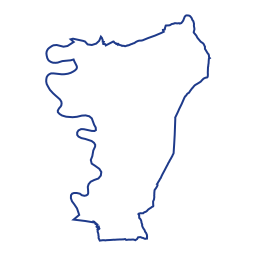 the district of Buhoci, Bacau, Romania
{"feature_id": "2599482B2081503417481", "entity_name": "Buhoci", "entity_type": "district", "adm_level": 2, "iso_a3": "ROU", "parent_name": "Romania", "parent_adm1": "Bacau", "projection": "natural_earth1", "projection_center": [27.027, 46.571], "detail": "fine", "context": "isolated", "style": "outline", "palette": "blue", "viewbox_px": 256, "rotation_deg": 0, "n_neighbors": 0, "source": "geoboundaries", "source_scale": "gbopen_adm2", "svg_char_len": 5624}
<svg xmlns="http://www.w3.org/2000/svg" viewBox="0 0 256 256"><path d="M209.8,58.1L209.4,57.7L209.0,57.1L209.0,56.8L208.9,55.4L208.6,54.3L207.8,53.5L206.4,51.2L205.5,49.7L205.2,49.3L205.0,48.9L204.9,47.9L205.0,46.8L204.5,45.9L203.7,44.1L202.9,43.2L200.7,41.7L198.0,38.5L197.3,37.6L196.3,35.6L193.8,32.6L193.7,32.3L193.9,31.4L194.4,29.5L194.4,28.6L194.2,27.4L194.0,26.5L193.9,25.6L194.0,23.8L193.6,22.2L193.3,21.1L192.5,20.2L192.2,19.5L191.6,18.0L190.5,16.6L189.9,16.0L189.3,15.7L188.4,15.5L187.3,15.4L186.4,15.4L185.7,15.7L185.0,16.4L184.6,17.0L183.2,20.6L182.6,21.5L181.3,23.1L180.8,23.2L179.8,23.6L179.6,23.5L179.2,23.2L177.2,23.4L175.5,23.2L175.0,23.2L174.3,23.3L173.8,23.7L173.6,23.7L171.9,24.0L171.6,24.1L170.4,24.9L169.8,25.2L169.4,25.3L168.7,25.4L165.8,25.5L165.7,25.6L165.6,26.1L165.5,26.4L165.3,27.0L165.1,27.4L164.9,28.9L164.7,29.5L162.9,29.9L162.9,30.0L163.1,30.5L163.5,30.9L163.5,31.7L163.6,31.8L161.2,33.0L158.3,34.2L155.0,35.6L148.0,38.1L143.6,39.9L142.7,40.3L141.1,40.6L140.7,40.6L139.7,40.6L139.0,40.7L138.2,40.9L137.0,41.4L136.0,41.9L134.9,42.7L134.0,43.2L133.4,43.3L132.1,43.9L130.8,44.3L130.5,44.4L130.2,44.5L129.7,44.9L129.4,45.0L128.9,45.1L128.6,45.3L128.2,45.3L127.8,45.3L127.6,45.5L127.4,45.6L126.8,45.6L125.7,46.1L125.1,46.2L124.6,46.1L123.9,45.8L123.5,45.8L122.9,45.9L122.5,45.7L122.1,45.8L121.8,45.8L121.3,45.4L120.6,45.2L120.1,45.1L119.6,44.9L119.1,44.6L118.7,44.6L118.4,44.7L118.5,44.2L118.4,44.1L118.2,43.8L117.7,43.8L117.1,43.9L116.8,44.0L116.5,44.1L116.2,44.0L116.1,43.8L116.1,43.4L115.0,43.0L114.6,42.8L114.4,42.6L114.1,42.1L113.7,41.6L113.3,41.5L105.8,45.4L105.4,44.4L105.3,44.2L105.1,44.1L104.7,44.1L103.3,44.0L103.1,43.8L103.8,41.9L102.7,41.7L102.7,40.6L102.6,39.7L102.1,38.7L102.0,38.1L100.9,36.7L99.2,40.8L96.2,43.6L91.8,45.0L87.6,44.4L85.0,41.5L83.2,40.9L73.0,38.7L70.7,39.3L73.7,42.0L67.5,46.0L63.5,46.7L56.7,45.0L53.4,45.3L51.8,46.1L49.3,47.8L48.0,49.0L47.5,49.8L46.7,51.4L46.4,53.4L46.7,55.7L47.3,58.1L48.2,59.8L48.7,60.5L50.6,61.8L51.8,62.3L53.0,62.7L55.7,62.8L57.7,62.6L62.3,61.1L70.7,60.3L73.6,59.5L74.3,61.3L75.9,64.4L76.8,66.3L76.9,67.8L76.4,69.0L75.0,70.4L73.3,71.5L70.8,72.8L68.0,73.7L64.6,74.2L61.9,74.3L53.6,73.4L51.1,73.4L49.3,74.2L47.8,75.4L46.7,77.2L46.3,79.2L46.2,81.5L46.7,84.0L48.0,86.5L49.9,89.8L53.0,93.2L55.5,95.5L57.8,97.5L59.9,99.4L61.3,101.6L61.6,103.4L61.3,105.4L60.6,106.6L59.0,108.4L57.8,110.6L57.9,112.2L59.6,114.0L62.0,115.5L66.1,116.7L72.6,117.2L76.9,116.8L81.9,115.6L85.6,115.4L89.3,116.3L91.8,118.4L92.9,121.4L94.2,124.9L95.7,127.5L95.9,130.1L94.5,131.0L91.7,130.9L83.8,129.2L81.1,129.1L78.5,130.4L77.2,132.4L77.2,134.9L78.5,136.6L81.4,138.1L85.1,138.9L91.6,141.0L94.0,142.8L95.2,144.8L95.1,146.6L93.3,150.5L92.3,156.2L90.8,160.0L91.7,163.6L94.8,165.6L99.3,168.8L101.3,172.0L100.8,175.6L98.4,178.5L94.2,180.0L90.7,181.7L88.6,184.2L87.8,186.9L88.1,190.4L88.2,193.1L87.7,194.5L86.3,195.4L84.4,195.8L81.8,195.2L79.9,193.7L76.8,193.0L74.0,193.0L72.2,193.6L71.0,195.2L70.9,198.2L72.0,201.3L74.4,204.5L77.0,208.4L79.2,214.9L73.6,219.6L85.2,221.0L93.1,222.3L93.3,221.5L94.3,221.8L94.5,222.3L95.5,222.9L96.1,223.6L95.7,223.6L95.4,223.8L95.5,224.0L96.7,224.3L97.2,224.3L97.5,224.6L97.6,224.9L97.1,226.0L96.7,226.2L96.5,226.7L96.6,226.8L96.9,227.0L97.2,227.4L97.5,227.4L98.8,226.8L99.1,228.1L99.4,228.6L99.3,228.8L99.0,229.0L98.5,229.2L97.7,229.2L97.4,229.7L97.8,230.3L97.6,231.6L97.7,232.0L98.0,232.7L98.4,234.2L98.4,235.3L98.7,236.3L98.6,237.1L98.6,238.1L99.8,240.6L102.7,240.2L104.2,240.2L105.3,240.4L106.3,240.2L110.2,240.0L114.1,239.7L114.6,239.8L116.8,239.6L119.0,239.5L123.3,239.4L124.8,239.1L125.3,239.1L125.9,239.8L126.4,239.9L128.9,239.6L130.2,239.7L133.1,239.5L134.4,239.8L135.3,240.2L137.1,239.0L138.1,237.3L140.5,237.1L142.1,237.8L143.2,238.0L143.6,238.2L144.5,238.7L145.6,238.8L146.1,238.7L146.7,238.5L147.0,238.5L147.0,238.2L146.8,238.0L146.8,237.8L147.0,237.4L147.1,236.9L147.0,236.6L147.0,235.5L146.8,234.5L146.5,234.0L146.2,233.2L146.0,232.8L145.4,232.1L145.0,231.5L144.9,231.0L144.4,229.8L143.5,228.6L143.2,228.0L142.9,227.6L142.3,226.2L142.2,225.7L142.1,225.1L142.2,224.5L142.0,224.0L141.5,222.7L141.3,221.2L141.1,220.6L140.9,220.1L140.7,219.6L140.0,218.6L139.5,218.3L139.2,217.8L139.2,217.4L139.2,216.3L139.1,215.6L139.2,215.2L138.4,214.1L138.9,213.6L140.5,213.2L141.5,213.3L143.3,213.2L143.6,212.8L144.4,212.2L144.7,212.1L145.5,211.9L146.2,211.5L147.1,210.8L148.0,209.7L148.8,209.1L149.5,208.6L151.0,207.7L151.4,207.3L152.4,206.7L153.1,206.4L153.3,206.0L153.3,205.5L153.2,204.7L153.1,201.6L153.2,201.2L153.8,199.9L154.1,199.0L154.1,198.5L154.1,198.2L154.3,197.2L154.2,195.3L154.3,194.7L154.3,192.9L154.4,192.1L154.5,190.8L154.6,190.1L155.1,189.3L155.8,188.5L156.3,187.6L156.9,186.7L157.0,186.4L157.5,185.4L157.5,185.1L157.4,184.1L157.1,184.0L157.9,182.8L158.1,182.3L158.7,181.3L159.1,180.8L160.0,179.0L160.7,178.1L161.7,175.8L162.6,174.0L164.7,170.1L166.3,167.0L167.1,165.5L167.6,164.6L168.4,162.9L169.0,162.0L169.3,161.5L169.7,160.5L170.7,158.9L171.5,157.4L172.3,156.0L172.6,155.2L173.4,153.7L173.6,153.1L174.1,145.4L174.2,143.8L174.7,134.8L175.3,118.4L175.2,117.6L177.6,112.6L178.6,110.4L178.9,109.6L181.7,103.9L184.4,97.7L184.8,97.0L185.3,96.2L185.8,95.9L186.3,95.3L186.7,94.6L187.2,93.9L187.7,93.5L188.4,93.0L188.9,92.8L189.2,92.5L189.5,91.9L190.1,91.0L191.6,89.0L192.1,88.3L192.6,87.9L193.6,86.6L194.3,85.8L194.8,85.3L195.7,84.7L197.1,83.9L199.9,82.2L201.0,81.4L201.7,80.5L203.2,79.0L203.6,78.6L205.3,77.8L206.0,77.6L207.0,77.5L207.4,77.2L207.7,76.6L207.8,75.9L207.9,73.9L207.8,73.4L207.8,72.4L208.0,67.0L208.2,66.5L208.3,65.0L208.6,63.2L208.7,61.0L208.8,59.8L208.9,58.7L209.8,58.1Z" fill="none" stroke="#1e3a8a" stroke-width="2"/></svg>